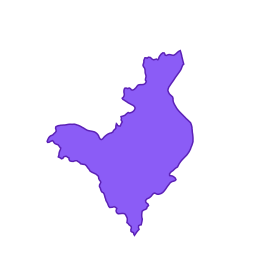 the district of Alfenas, Minas Gerais, Brazil, rotated 27°
{"feature_id": "56859067B80403864608636", "entity_name": "Alfenas", "entity_type": "district", "adm_level": 2, "iso_a3": "BRA", "parent_name": "Brazil", "parent_adm1": "Minas Gerais", "projection": "robinson", "projection_center": [-45.986, -21.364], "detail": "fine", "context": "isolated", "style": "filled", "palette": "violet", "viewbox_px": 256, "rotation_deg": 27, "n_neighbors": 0, "source": "geoboundaries", "source_scale": "gbopen_adm2", "svg_char_len": 5020}
<svg xmlns="http://www.w3.org/2000/svg" viewBox="0 0 256 256"><g transform="rotate(27 128 128)"><path d="M148.7,45.8L147.7,44.7L146.6,43.5L145.6,42.3L144.5,41.0L143.5,39.9L142.7,38.8L141.7,37.7L140.7,36.6L139.4,35.3L138.2,37.0L137.6,38.5L137.0,40.2L136.3,41.6L135.5,42.6L134.4,43.0L132.6,43.4L131.2,43.9L130.1,44.9L129.2,46.0L128.1,46.2L127.2,45.4L126.2,44.7L124.9,45.2L124.0,47.1L123.6,49.3L123.5,51.0L123.9,52.4L123.6,53.7L122.1,53.6L121.1,54.5L119.9,55.6L118.4,55.7L117.2,55.4L116.0,55.0L114.1,55.6L113.3,57.2L112.2,57.2L111.2,57.8L111.3,59.1L111.4,60.5L112.2,62.1L112.5,63.5L112.8,65.2L113.9,66.3L115.4,67.0L116.6,68.2L117.4,69.5L118.1,70.8L118.8,71.7L119.7,72.6L120.5,73.5L120.9,74.6L121.2,76.0L121.7,77.4L123.0,78.0L123.3,79.5L122.9,81.1L122.0,82.2L120.4,83.2L119.0,83.9L117.6,85.0L117.0,86.9L116.9,88.2L116.5,89.3L116.0,90.8L115.0,92.1L113.6,92.5L112.4,91.8L110.9,91.8L109.8,93.0L108.4,93.2L107.2,93.8L107.0,95.0L107.5,96.8L108.4,98.4L109.3,99.4L109.9,101.0L109.9,102.7L109.3,104.1L110.4,104.8L111.9,104.9L113.6,105.1L114.9,105.2L116.1,105.4L117.7,105.5L119.3,105.5L120.5,105.6L121.5,105.5L122.8,105.6L124.2,106.1L125.3,107.0L125.5,108.3L125.5,109.5L125.1,110.8L124.5,111.9L123.8,112.8L122.5,114.0L121.1,114.1L120.2,116.0L119.5,118.0L118.5,119.2L117.6,120.1L116.6,121.0L117.8,122.4L118.2,124.0L119.1,124.5L120.1,125.2L120.0,126.8L120.1,128.4L120.2,129.7L118.9,130.4L117.7,130.5L116.7,129.7L115.7,129.4L116.2,131.4L116.7,132.6L117.3,134.0L116.6,135.7L116.3,136.9L116.3,138.4L115.4,139.9L114.2,140.9L113.0,142.3L112.2,143.7L111.4,145.4L110.7,147.4L110.4,149.1L109.7,150.3L108.6,150.6L107.7,150.2L106.4,149.3L105.2,148.2L104.1,147.6L102.9,147.1L101.5,146.8L100.0,146.7L98.5,147.0L97.0,147.4L95.7,147.8L94.3,148.2L92.9,148.5L91.8,148.5L90.3,148.4L88.3,148.2L86.8,148.2L85.4,148.1L84.0,148.1L82.5,148.2L81.3,148.4L79.8,148.6L78.3,149.0L77.1,149.8L75.9,150.4L74.7,150.9L73.4,151.7L72.2,152.6L71.2,153.4L70.2,154.1L69.1,154.7L68.0,155.4L66.9,156.0L65.8,156.9L64.8,157.6L64.0,158.5L63.2,159.5L63.5,161.0L64.8,162.4L65.5,163.7L65.1,165.3L64.6,166.7L64.2,168.1L63.5,169.1L62.7,170.0L62.1,171.2L61.8,172.6L61.8,174.7L62.0,176.6L62.9,177.3L64.1,176.6L65.0,175.2L66.3,173.6L67.6,173.8L68.7,174.6L69.7,175.0L71.4,175.0L73.1,174.7L74.5,175.2L75.9,176.0L77.1,176.3L77.6,178.2L77.6,179.8L78.0,181.7L78.7,183.4L79.0,185.4L80.2,185.4L81.5,185.3L82.6,185.7L83.7,184.7L83.9,182.8L84.9,181.8L86.0,181.2L87.6,181.5L89.0,181.5L89.9,183.0L91.4,183.7L93.2,183.2L94.6,182.5L95.3,181.6L96.3,180.9L97.3,180.4L98.6,180.6L100.4,180.7L102.1,181.4L103.5,181.0L104.6,180.7L106.1,180.1L107.7,180.4L109.0,181.0L110.1,181.7L111.3,182.1L112.6,182.8L113.6,183.5L114.9,183.7L116.2,183.8L117.5,183.7L118.8,183.7L120.2,183.6L121.5,183.9L123.0,184.2L124.0,185.0L124.9,186.4L126.3,187.4L127.6,187.9L128.4,188.7L128.5,190.0L128.5,191.7L129.2,193.2L130.6,194.1L131.4,195.0L132.5,196.1L133.9,196.9L135.5,196.9L136.6,197.6L138.0,199.0L139.0,200.2L140.2,201.3L141.3,202.6L142.2,203.2L143.6,204.1L145.3,205.6L146.5,206.6L147.8,207.1L149.1,206.3L150.2,205.6L151.3,204.4L152.8,204.3L154.5,204.7L154.9,207.1L155.7,208.1L157.0,208.8L158.2,208.9L159.4,208.2L160.9,207.2L162.3,206.4L163.9,205.9L165.4,206.5L166.7,207.5L168.1,208.5L168.9,209.8L169.5,211.3L170.0,212.8L171.4,213.0L173.0,213.8L174.5,214.0L175.6,214.4L176.4,215.6L176.7,217.4L177.6,218.7L178.8,218.9L180.3,218.7L181.3,219.9L182.5,220.7L182.8,218.5L183.1,216.4L183.5,214.6L183.9,213.3L182.6,212.1L181.8,210.2L182.6,209.1L183.7,208.3L183.3,206.7L182.8,204.7L182.1,202.7L180.8,201.2L179.8,199.5L179.0,197.6L178.4,195.8L179.0,194.4L179.7,193.4L180.5,192.6L181.2,191.4L180.9,189.6L181.5,187.8L180.3,186.7L178.9,186.5L177.7,186.1L176.6,184.8L176.8,183.5L177.2,182.3L178.4,180.9L179.2,179.3L179.7,177.8L179.9,176.5L180.4,174.8L181.3,173.9L182.4,173.8L183.9,173.8L185.3,173.2L186.5,172.1L187.4,171.1L188.0,170.1L188.5,168.9L188.9,167.3L189.3,165.0L189.5,163.2L189.7,161.7L190.0,160.2L190.2,159.0L190.5,157.5L191.4,155.9L192.5,154.9L193.7,153.7L194.2,152.3L192.9,151.2L191.4,150.8L189.5,150.6L188.0,151.0L186.7,151.5L185.8,150.0L186.2,147.9L186.9,146.4L187.5,145.3L187.9,144.0L188.3,142.9L189.0,141.5L189.8,140.3L189.8,138.8L189.8,136.5L190.1,134.3L190.4,132.8L190.8,131.3L191.3,129.6L191.9,127.7L192.6,125.5L192.9,123.7L193.1,122.4L193.2,121.1L193.2,118.4L192.9,116.5L192.8,114.8L192.5,112.7L192.1,110.7L191.4,109.3L190.7,107.9L189.9,106.5L189.2,105.4L188.5,104.3L187.4,102.8L186.6,101.5L186.0,100.5L185.3,99.5L184.7,98.4L183.9,97.4L182.8,96.2L181.3,94.9L179.4,94.3L178.1,93.9L176.7,93.5L175.5,93.2L173.9,92.6L172.3,92.1L171.2,91.7L169.9,91.3L168.4,90.8L167.2,90.4L166.1,90.0L164.9,89.5L163.5,88.9L162.2,88.2L160.8,87.3L159.1,86.2L157.6,85.1L156.4,84.0L155.4,82.6L154.7,81.2L153.6,80.1L152.3,79.7L150.8,79.3L149.5,78.9L148.3,78.1L147.1,77.1L146.3,76.2L146.0,74.7L145.8,72.9L146.0,71.5L146.2,69.8L146.4,68.2L146.7,66.3L146.9,64.9L147.1,63.0L147.3,61.1L147.5,59.9L147.7,58.6L148.0,56.7L148.4,54.2L148.6,52.1L148.5,50.4L148.3,48.8L148.2,47.1L148.7,45.8Z" fill="#8b5cf6" stroke="#5b21b6" stroke-width="1.5"/></g></svg>